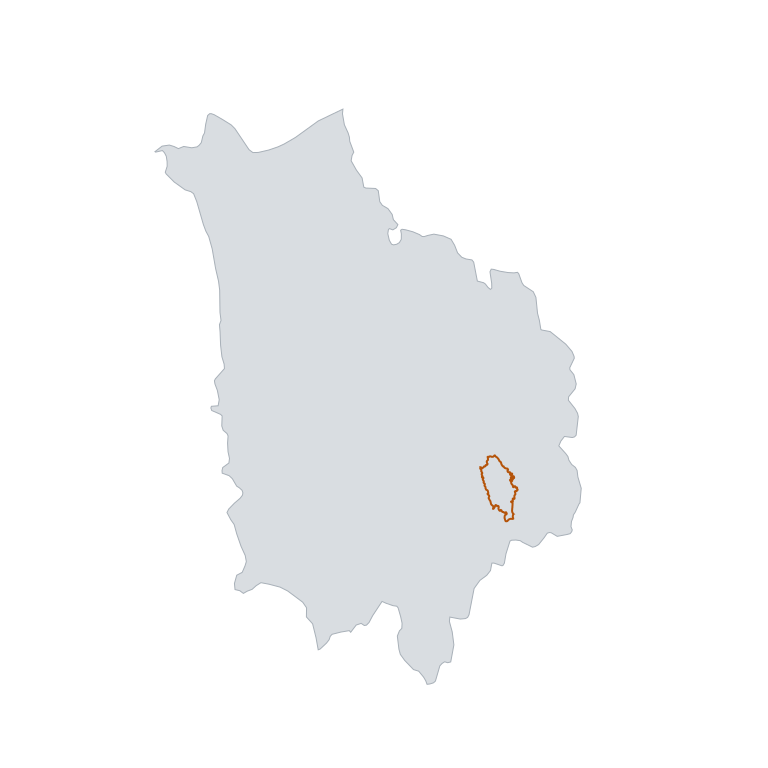 Syanno, Vitebsk, Belarus (highlighted), rotated 77°
{"feature_id": "67162791B30203465956125", "entity_name": "Syanno", "entity_type": "district", "adm_level": 2, "iso_a3": "BLR", "parent_name": "Belarus", "parent_adm1": "Vitebsk", "projection": "equal_earth", "projection_center": [29.908, 54.823], "detail": "fine", "context": "in_parent", "style": "outline", "palette": "amber", "viewbox_px": 768, "rotation_deg": 77, "n_neighbors": 0, "source": "geoboundaries", "source_scale": "gbopen_adm2", "svg_char_len": 9723}
<svg xmlns="http://www.w3.org/2000/svg" viewBox="0 0 768 768"><g transform="rotate(77 384 384)"><path d="M628.2,507.9L616.1,507.3L601.6,507.5L593.5,512.0L584.6,509.8L578.3,512.3L564.0,524.4L558.5,531.0L553.2,541.1L549.9,548.6L551.7,553.8L554.4,558.7L555.1,563.9L556.4,568.1L552.9,571.1L550.8,575.4L544.7,574.6L537.2,570.5L535.6,564.5L529.9,560.3L526.1,558.1L519.9,557.8L510.0,559.8L497.0,561.2L487.2,561.6L481.8,563.8L473.9,565.9L470.9,563.4L466.5,556.6L462.9,549.8L460.5,546.9L458.3,546.0L455.7,546.2L452.6,548.3L450.4,550.5L442.1,553.1L438.5,555.5L434.5,561.7L431.9,561.3L429.1,559.9L426.1,552.9L421.8,551.3L414.9,551.2L406.4,549.7L399.5,547.6L397.0,548.1L392.9,551.1L388.4,551.5L378.7,548.9L376.8,550.1L371.1,557.8L368.4,558.1L366.9,557.2L367.9,550.5L362.3,548.1L352.7,547.8L346.0,548.7L342.7,548.5L341.1,547.2L333.1,536.0L328.7,535.3L321.0,535.8L309.5,534.5L296.4,532.0L289.2,531.0L285.4,528.5L277.3,527.7L255.6,523.0L246.7,522.1L233.6,522.1L213.7,521.0L200.8,521.6L194.9,523.2L188.0,524.1L164.2,525.4L155.7,526.7L153.1,529.0L150.1,534.1L140.0,543.0L130.3,549.0L128.5,549.5L123.1,546.3L118.5,545.3L113.1,544.9L109.2,545.9L106.7,547.4L106.7,554.3L106.1,554.9L102.3,546.7L102.9,539.4L105.4,535.1L108.4,531.4L107.5,525.7L110.6,518.2L110.9,512.8L109.8,510.4L107.7,507.7L101.6,504.7L99.0,502.4L90.8,499.3L82.7,495.4L81.4,493.0L81.8,491.4L83.4,488.9L90.1,481.7L97.2,474.6L101.7,471.8L125.3,462.8L129.0,459.7L130.1,454.4L130.1,443.7L129.1,434.0L127.7,427.3L123.8,414.7L112.9,388.9L106.9,362.2L111.5,363.7L122.5,364.3L131.3,362.5L135.8,362.2L139.8,362.8L151.3,361.3L154.1,363.7L159.1,365.8L169.3,362.8L178.3,359.0L187.6,359.4L189.0,357.6L191.6,348.2L194.4,346.1L205.4,347.1L209.6,345.4L214.0,340.7L220.6,337.9L226.0,337.9L231.8,334.6L234.5,336.8L235.8,340.7L233.8,343.8L234.6,345.0L238.4,346.5L245.2,346.5L249.5,345.2L250.6,343.4L250.7,340.2L249.7,337.2L246.9,334.6L241.6,333.3L237.9,333.2L237.3,331.6L238.7,328.1L242.2,321.6L246.4,315.8L248.9,313.6L249.4,311.5L249.1,308.0L249.2,301.7L253.1,292.8L258.1,286.1L264.7,284.0L272.8,282.8L278.0,279.7L280.6,276.0L282.9,270.4L285.5,269.2L304.7,269.9L307.7,264.2L309.4,262.7L313.2,261.0L315.8,259.0L314.8,257.4L310.0,256.4L298.5,255.5L296.2,253.7L297.0,251.4L300.2,245.6L303.3,238.1L305.0,232.3L305.2,228.8L306.9,227.9L316.3,226.8L319.4,225.7L327.7,217.8L333.8,216.5L349.6,218.5L356.9,218.3L366.1,218.9L366.9,218.1L370.3,210.3L386.1,197.9L394.6,193.5L399.8,192.6L401.7,192.8L410.0,199.4L412.0,199.6L417.6,196.9L427.2,196.7L431.7,198.9L438.0,207.0L441.3,208.0L450.8,203.5L456.0,202.0L459.4,202.0L477.1,208.3L478.4,210.3L478.5,212.6L475.7,220.0L479.4,224.5L483.6,227.6L492.8,222.5L496.1,221.1L499.8,221.0L504.7,219.2L508.3,216.3L511.7,215.3L518.2,216.0L530.0,215.3L543.8,219.8L544.9,221.1L551.8,226.4L554.2,228.9L556.5,229.8L560.2,232.3L565.1,233.9L568.5,233.4L570.1,234.3L571.7,236.3L571.8,239.7L571.4,249.5L566.5,254.6L565.9,256.4L566.1,258.5L570.0,262.8L575.2,269.4L576.4,273.2L576.4,276.0L569.5,284.5L567.3,286.5L565.7,290.6L564.9,294.9L565.4,296.6L577.0,303.4L585.6,307.0L587.5,308.8L587.7,309.9L583.2,317.2L582.8,319.2L589.7,322.2L593.5,326.9L596.9,334.7L603.5,342.2L628.0,353.1L630.2,355.0L630.9,357.4L630.2,362.5L625.9,372.3L630.1,373.7L640.9,373.3L653.9,374.6L669.8,381.5L669.9,384.6L668.3,387.4L669.4,390.4L671.2,393.0L685.0,400.7L686.3,403.0L686.6,406.8L686.3,409.6L682.5,410.1L678.4,411.4L671.6,414.8L668.9,419.5L658.0,426.0L651.1,428.9L645.7,429.1L632.6,427.7L628.0,424.5L626.1,421.6L621.1,420.2L614.4,420.1L605.3,420.6L603.4,421.5L602.0,425.1L598.1,431.3L595.4,434.8L607.1,447.1L613.0,452.2L615.0,455.3L614.9,457.5L612.1,460.1L612.6,465.3L618.4,472.3L616.5,473.3L616.0,481.8L616.2,490.9L617.7,493.1L620.8,495.0L623.5,498.3L627.9,505.9L628.2,507.9Z" fill="#d9dde1" stroke="#a8b0b8" stroke-width="1"/><path d="M517.4,278.0L517.3,277.7L517.1,277.6L516.8,277.6L516.3,277.9L515.9,277.9L515.7,277.8L515.2,277.7L514.9,277.7L514.5,278.0L514.5,278.3L514.7,278.7L514.5,279.1L514.2,279.2L513.8,279.2L513.2,279.3L513.0,279.9L512.9,280.2L512.9,280.4L513.2,280.7L513.4,280.9L513.6,281.1L513.5,281.3L513.2,281.3L512.5,281.4L511.8,281.4L511.3,281.5L510.8,281.7L510.5,282.0L510.1,282.1L509.7,282.3L509.1,282.3L508.8,282.3L508.4,282.2L508.0,282.2L507.5,282.3L507.0,282.5L506.7,282.6L506.4,282.8L506.2,282.8L505.9,282.8L505.8,282.6L505.8,282.4L505.9,282.1L506.2,282.0L506.4,282.0L506.7,281.9L507.1,281.8L507.3,281.6L507.4,281.2L507.2,280.9L506.9,280.8L506.4,280.6L506.0,280.3L505.7,279.8L505.4,279.5L505.0,279.1L505.0,278.9L504.9,278.5L504.8,278.4L504.3,278.2L503.8,278.2L503.3,278.3L503.0,278.5L502.9,278.9L502.9,279.2L502.9,279.4L503.1,279.6L503.5,279.9L504.0,280.2L504.5,280.7L504.6,281.0L504.5,281.4L504.3,281.6L504.0,281.6L503.7,281.4L503.4,281.2L503.1,281.0L502.8,280.7L502.6,280.6L502.2,280.4L501.9,280.2L501.4,280.0L501.2,279.8L500.9,279.5L500.6,279.3L500.4,279.3L500.1,279.4L500.0,279.6L500.2,279.8L500.5,280.2L500.8,280.4L501.1,280.8L501.2,281.0L500.9,281.4L500.7,281.5L500.3,281.5L500.0,281.5L499.8,281.3L499.6,281.1L499.2,281.0L498.9,281.0L498.6,281.0L498.3,281.2L498.1,281.7L498.1,282.1L498.0,282.5L497.8,282.8L497.6,283.0L497.1,283.2L496.9,283.2L496.4,283.2L496.1,283.1L496.0,282.9L495.8,282.6L495.6,282.4L495.3,282.4L494.8,282.5L494.3,282.7L494.1,283.0L494.0,283.3L494.0,283.5L493.8,283.9L493.7,284.1L493.4,284.5L493.2,284.9L492.8,285.3L492.5,285.5L492.2,285.7L491.7,285.9L491.2,286.0L491.0,286.4L490.9,286.8L490.3,287.0L489.6,287.3L489.1,287.5L488.5,287.6L488.1,287.6L487.6,287.7L487.2,287.6L486.8,287.7L486.3,287.8L486.0,288.0L485.9,288.2L485.7,288.4L485.3,288.6L484.9,288.9L484.4,289.0L483.9,289.1L483.4,289.2L483.0,289.3L482.3,289.7L481.8,289.9L481.2,290.2L480.7,290.6L480.5,290.9L480.0,291.3L479.4,291.7L478.7,291.9L478.5,292.2L478.5,292.5L478.7,292.8L479.0,293.1L479.2,293.5L479.4,293.9L479.4,294.5L479.3,295.0L479.2,295.3L479.1,295.6L478.6,296.2L478.5,296.5L478.3,297.1L478.4,297.4L478.5,297.6L478.6,297.9L478.6,298.2L478.6,298.4L478.5,298.7L478.3,298.9L478.3,299.1L478.4,299.4L479.2,299.5L479.6,299.5L480.3,299.5L480.8,299.6L481.4,299.8L481.6,300.2L481.8,300.5L482.2,301.0L482.6,301.3L483.6,301.4L484.2,301.4L484.6,301.3L484.9,301.1L485.2,301.1L485.7,301.4L485.9,301.7L485.9,301.9L485.9,302.3L485.9,302.6L485.9,302.8L486.0,303.2L486.4,303.4L486.7,303.5L486.9,303.7L487.0,304.0L486.8,304.7L486.9,305.2L487.3,305.5L487.5,305.6L487.7,306.0L487.8,306.4L487.8,306.8L488.1,307.1L488.2,307.4L487.9,307.7L487.5,308.0L487.1,308.2L486.9,308.4L486.8,308.7L487.0,308.7L487.3,308.8L487.4,309.1L487.6,309.2L488.0,309.2L488.5,309.1L488.9,308.9L489.6,308.6L489.9,308.5L490.4,308.7L490.9,308.9L491.1,308.9L491.7,308.6L492.3,308.3L492.7,308.3L493.2,308.4L493.4,308.6L493.4,308.9L493.7,309.1L494.1,309.2L494.8,309.1L495.1,309.0L495.5,308.9L495.8,308.8L496.1,308.8L496.2,309.1L496.3,309.4L496.6,309.5L496.9,309.5L497.1,309.3L497.1,308.9L497.2,308.7L497.3,308.5L497.6,308.3L497.9,308.3L498.1,308.3L498.3,308.5L498.5,308.7L498.6,308.9L498.8,309.2L499.1,309.2L499.4,309.2L499.7,309.2L499.9,309.1L500.4,308.9L500.7,308.8L501.0,308.7L501.5,308.7L501.8,308.9L501.9,309.0L502.2,309.1L502.5,309.1L502.9,309.0L503.1,308.8L503.4,308.6L503.6,308.5L503.8,308.3L504.1,308.3L504.4,308.3L504.7,308.5L505.0,308.7L505.3,308.8L505.5,308.9L505.9,308.9L506.1,308.8L506.3,308.7L506.7,308.4L507.1,308.3L507.4,308.3L507.8,308.4L508.1,308.5L508.3,308.5L508.7,308.5L508.9,308.4L509.3,308.4L509.8,308.3L510.3,307.8L510.6,307.4L510.9,307.1L511.5,306.9L512.3,306.9L513.2,306.9L513.7,306.9L514.1,307.1L514.2,307.4L514.2,307.6L514.3,307.8L514.6,307.8L515.2,307.5L515.6,307.1L516.0,306.9L516.3,306.7L516.7,306.7L517.2,306.7L517.5,307.0L517.9,307.3L518.3,307.5L518.7,307.7L519.1,307.6L519.6,307.5L520.4,307.3L521.1,307.1L521.6,306.9L522.0,306.7L522.8,306.7L523.5,306.7L524.1,306.7L524.6,306.7L525.0,306.7L525.4,306.6L525.8,306.4L526.1,306.2L526.8,305.7L527.2,305.3L527.7,305.1L528.2,305.0L528.8,305.0L529.0,305.2L529.3,305.5L529.6,305.7L530.1,305.8L530.2,305.6L530.2,305.4L529.9,305.0L529.5,304.6L529.3,304.3L528.8,303.9L528.5,303.6L527.9,303.3L527.5,303.0L527.2,302.7L527.1,302.3L527.3,302.0L527.7,301.6L528.4,301.3L528.4,300.9L528.4,300.5L528.7,300.0L529.0,299.9L529.8,299.9L530.1,300.1L530.5,300.3L530.9,300.5L531.5,300.5L532.1,300.4L532.8,300.2L533.2,300.0L533.5,299.8L533.7,299.4L533.6,299.1L533.4,298.7L533.1,298.5L533.2,298.3L533.5,298.0L534.2,297.9L534.6,297.7L535.0,297.6L535.2,297.4L535.4,297.2L535.5,296.8L535.6,296.6L535.7,296.3L536.3,295.9L536.5,295.8L536.7,295.5L536.8,295.1L536.6,294.8L536.4,294.4L536.5,293.9L537.0,293.7L537.5,293.6L538.0,293.6L538.3,293.8L538.5,294.0L538.5,294.3L538.7,294.7L538.8,295.0L538.9,295.3L539.1,295.6L539.5,295.9L539.8,296.1L540.4,296.3L540.7,296.4L541.3,296.6L541.8,296.7L542.6,296.6L543.2,296.6L543.9,296.5L544.5,296.4L544.8,296.4L545.0,296.3L545.2,295.9L545.3,295.6L545.3,295.3L545.3,294.7L545.1,294.4L544.8,293.9L544.4,293.4L544.0,292.6L543.9,291.9L543.8,291.3L543.8,290.9L544.0,290.4L544.1,289.9L544.2,289.6L544.4,289.1L544.4,288.9L544.4,288.7L544.3,288.4L543.8,288.3L543.2,288.4L542.7,288.4L541.9,288.3L541.4,288.1L540.6,287.7L539.6,287.3L539.6,287.2L539.3,287.4L538.6,287.6L538.3,287.7L538.0,287.8L537.4,287.8L536.9,287.8L536.2,287.7L535.8,287.6L534.7,287.2L534.2,287.1L533.7,286.9L532.9,286.6L532.4,286.5L531.5,286.2L530.1,285.8L529.4,285.6L528.9,285.5L528.6,285.6L528.3,285.9L528.0,286.2L527.9,286.4L527.6,286.6L527.2,286.6L527.0,286.2L527.4,285.3L527.4,284.9L527.1,284.8L525.8,284.6L525.2,284.5L524.7,284.3L524.6,283.8L525.0,283.4L525.2,283.1L525.2,282.8L525.0,282.6L524.4,282.5L523.8,282.4L522.5,282.2L521.9,281.9L521.7,281.6L521.4,281.2L521.0,280.8L520.6,280.7L519.9,280.7L519.3,280.7L518.3,280.7L518.1,280.5L517.9,280.1L517.9,279.8L518.1,279.4L518.2,279.2L518.2,278.9L517.7,278.6L517.4,278.2L517.4,278.0Z" fill="none" stroke="#b45309" stroke-width="2"/></g></svg>